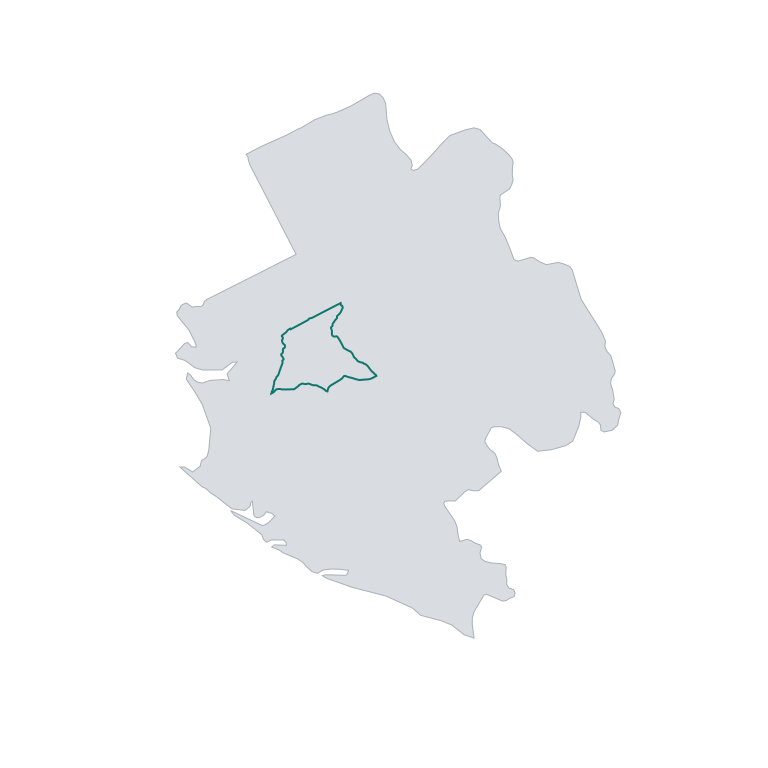 Abanga-Bignè, Moyen-Ogooué, Gabon (highlighted), rotated 333°
{"feature_id": "22940354B65697742744176", "entity_name": "Abanga-Bignè", "entity_type": "district", "adm_level": 2, "iso_a3": "GAB", "parent_name": "Gabon", "parent_adm1": "Moyen-Ogooué", "projection": "robinson", "projection_center": [10.966, -0.21], "detail": "fine", "context": "in_parent", "style": "outline", "palette": "teal", "viewbox_px": 768, "rotation_deg": 333, "n_neighbors": 0, "source": "geoboundaries", "source_scale": "gbopen_adm2", "svg_char_len": 6396}
<svg xmlns="http://www.w3.org/2000/svg" viewBox="0 0 768 768"><g transform="rotate(333 384 384)"><path d="M513.2,128.7L512.8,134.7L506.8,149.4L504.0,160.7L503.3,172.8L505.0,182.5L507.9,189.5L509.7,197.0L508.3,202.3L505.4,204.5L507.4,207.2L511.8,207.8L519.2,205.5L530.7,201.5L545.7,195.7L555.6,192.5L571.9,194.5L580.6,196.7L585.1,200.8L589.9,218.2L592.3,220.8L596.3,228.2L599.6,237.0L600.3,241.5L599.9,244.8L596.6,249.6L592.9,256.6L591.6,260.9L588.5,264.1L584.5,267.2L573.6,268.4L571.9,270.3L568.9,277.8L563.1,284.1L560.5,290.2L558.2,298.2L558.7,308.1L557.5,322.4L556.3,332.1L559.2,335.4L572.2,337.8L574.8,339.7L578.2,345.7L582.7,351.3L594.6,354.9L599.2,359.2L603.0,363.9L603.5,367.8L600.7,383.3L598.1,398.2L599.1,409.5L600.1,420.4L601.5,436.1L600.9,445.8L597.5,451.6L597.5,456.2L599.0,461.8L596.0,477.2L594.1,479.7L588.8,482.6L586.0,486.7L585.0,493.2L582.2,502.1L579.2,505.3L579.2,509.4L582.1,512.5L582.0,517.1L576.7,522.6L573.5,526.8L566.4,528.8L558.2,526.6L556.3,523.6L558.3,518.8L557.6,515.0L554.8,511.0L550.5,500.7L546.6,498.5L544.5,502.7L537.9,510.6L526.2,520.6L518.0,521.4L502.9,518.4L490.3,513.6L484.3,501.8L480.6,492.1L475.2,480.7L469.2,475.4L462.7,472.0L459.8,471.7L450.6,478.0L447.8,480.5L447.8,485.8L448.7,490.7L450.1,493.1L451.3,496.2L451.1,501.2L449.4,507.7L448.9,515.0L419.9,522.1L414.8,519.5L411.2,516.3L406.8,516.8L394.2,520.6L389.6,518.0L385.0,516.1L382.9,517.7L382.7,520.8L384.9,537.8L384.2,544.3L381.3,552.8L379.9,558.6L387.6,560.2L390.3,562.9L393.0,567.2L396.7,571.2L397.0,573.6L392.8,578.1L391.3,583.5L393.3,587.8L398.6,592.3L406.2,597.0L410.0,600.0L409.6,602.8L406.1,608.8L404.7,613.8L402.3,618.3L402.8,622.5L406.2,626.4L405.8,629.9L403.5,632.5L398.7,632.0L394.7,632.4L391.1,631.3L379.8,617.8L377.3,617.4L360.9,627.8L356.8,632.0L353.5,638.2L348.9,651.4L341.5,643.7L335.0,629.6L327.5,620.9L311.8,606.9L307.6,596.5L289.5,573.8L263.6,551.0L244.8,531.2L242.0,526.8L245.2,527.4L263.3,537.2L265.7,536.1L267.8,533.9L260.0,528.7L252.5,524.7L245.5,522.1L238.5,522.4L234.6,518.2L232.1,511.8L230.8,506.4L227.7,500.7L217.7,489.0L215.3,484.5L209.9,478.3L213.2,477.5L223.8,483.4L224.8,481.0L223.9,477.5L213.1,471.9L207.3,471.6L206.0,467.6L206.8,463.1L199.1,446.0L191.1,433.2L189.9,427.2L211.4,455.0L214.2,455.4L218.0,455.2L226.9,452.1L225.2,448.3L221.2,444.4L217.3,446.2L212.3,446.6L209.6,444.9L208.4,442.0L213.5,428.6L211.3,429.2L209.7,431.6L206.9,432.8L202.6,433.5L192.0,426.3L182.7,406.7L180.2,402.7L177.7,396.0L175.3,393.2L164.5,365.4L168.7,367.5L173.5,375.5L183.0,373.8L186.7,369.2L190.0,369.3L193.3,368.3L197.5,363.9L209.6,344.8L212.8,319.6L211.8,304.6L210.0,289.8L214.1,285.0L215.6,288.2L216.4,293.4L218.3,297.3L222.7,300.8L230.7,301.8L243.2,307.3L247.6,310.8L248.8,303.8L263.2,297.8L258.8,295.7L246.1,298.0L228.6,289.1L222.8,283.5L217.4,272.7L211.8,267.1L212.2,262.0L224.7,257.4L228.0,257.9L229.4,263.5L232.8,265.7L234.0,265.0L234.6,260.3L234.7,247.5L230.8,229.3L232.0,225.8L235.4,224.6L238.5,222.1L240.6,221.7L244.9,222.1L247.0,226.4L248.2,228.7L252.5,229.8L256.0,232.0L259.0,231.4L261.5,228.8L265.2,228.2L276.7,228.3L287.0,228.3L307.7,228.4L328.3,228.5L349.0,228.5L364.5,228.6L364.5,218.2L364.4,202.1L364.3,183.1L364.2,164.9L364.1,148.1L364.0,128.2L364.9,122.4L365.9,120.1L365.5,116.8L381.5,116.6L410.4,118.0L423.0,117.8L426.6,118.1L442.4,117.1L455.2,118.4L460.6,119.8L465.5,120.5L480.8,121.3L500.8,120.2L507.6,120.5L511.4,123.3L513.2,128.7Z" fill="#d9dde1" stroke="#a8b0b8" stroke-width="1"/><path d="M279.3,341.3L280.4,341.3L282.3,341.1L283.4,340.6L284.3,340.2L285.3,340.0L286.1,339.9L286.9,340.3L287.6,340.5L288.6,341.0L289.7,341.7L290.5,342.4L294.1,344.3L297.3,345.9L299.9,347.0L300.8,347.6L301.6,347.8L302.6,347.7L303.5,347.5L305.4,347.2L306.8,347.0L307.7,346.5L308.6,346.4L310.3,346.4L311.3,346.5L311.8,346.8L313.5,348.2L314.5,348.7L316.0,349.0L316.9,349.4L317.3,349.7L318.1,350.5L319.1,351.7L319.8,352.5L320.4,353.0L320.9,353.2L321.9,353.8L323.1,354.4L323.7,355.0L324.3,356.1L325.6,357.6L326.9,359.2L327.9,360.9L328.6,362.2L329.0,363.4L329.7,364.5L330.2,364.9L330.8,364.3L331.4,363.4L332.3,362.6L333.2,361.9L335.2,361.2L339.1,360.9L346.6,360.4L348.1,360.2L349.2,360.0L350.1,359.6L350.9,359.2L351.8,358.8L353.1,359.1L353.9,360.1L355.1,361.3L356.8,362.9L358.6,364.4L359.6,365.5L361.3,367.1L363.1,368.6L363.8,369.3L365.9,370.1L368.6,371.2L371.8,372.6L373.9,373.2L375.7,373.4L378.6,373.4L380.9,373.3L380.9,373.1L380.8,371.9L380.5,371.5L380.1,371.1L380.0,370.3L379.8,369.2L379.1,368.0L378.7,366.4L378.3,364.6L378.0,362.7L377.7,360.9L377.1,359.2L376.2,357.5L375.1,356.4L374.9,355.5L374.2,355.0L373.2,354.2L372.2,353.2L371.3,352.2L370.8,351.1L370.6,349.8L370.2,348.2L369.6,347.1L369.4,346.0L369.6,345.0L369.6,343.9L369.6,342.5L369.3,341.0L368.9,339.8L368.1,339.0L367.4,338.0L366.2,336.4L365.5,335.1L364.8,334.2L364.5,333.6L364.5,332.4L364.5,330.4L364.5,326.9L364.3,323.7L364.1,321.6L363.8,320.6L363.4,320.0L362.9,319.8L361.8,319.5L361.1,319.1L360.5,318.5L360.1,317.6L360.0,316.8L360.2,315.8L360.6,315.0L361.1,314.3L361.5,313.5L361.8,312.9L361.9,312.0L362.1,310.9L362.2,310.0L362.7,309.4L363.3,309.2L363.9,309.1L364.5,308.8L364.8,308.4L365.3,307.5L365.7,307.0L366.4,306.6L367.6,306.1L368.7,305.3L369.8,304.8L371.9,304.0L372.3,303.5L372.6,302.8L373.2,302.1L375.1,301.6L376.6,301.1L378.1,300.3L379.5,299.2L380.2,298.5L381.6,297.6L382.0,297.0L382.1,296.5L382.2,295.8L382.1,295.2L381.8,294.7L381.5,294.4L381.4,293.8L381.6,293.4L381.9,292.8L382.1,292.2L379.2,292.2L361.4,292.3L349.9,292.4L349.0,292.2L348.3,291.9L347.2,291.8L346.4,291.9L345.8,292.4L344.9,292.5L337.2,292.7L325.7,292.9L325.6,292.1L324.5,292.1L322.7,292.3L321.9,292.7L321.3,293.1L320.0,293.5L318.0,293.8L317.2,294.1L315.6,294.3L314.7,294.8L314.6,295.4L314.9,296.0L314.9,296.9L314.4,297.7L313.7,298.2L313.1,298.5L312.7,299.5L312.4,300.6L312.4,301.5L312.5,302.2L312.8,303.0L313.3,304.1L313.0,305.2L312.6,306.0L312.1,306.5L311.3,306.7L310.6,306.7L310.0,306.8L309.5,307.4L309.1,308.3L308.9,309.1L308.0,310.1L307.2,310.5L306.1,310.7L305.6,311.3L305.5,312.2L305.8,313.1L305.9,314.9L306.0,315.8L305.6,316.5L305.0,316.8L304.1,317.0L303.8,317.4L303.6,318.3L303.2,319.1L302.4,319.9L301.1,321.1L299.3,322.7L298.2,323.8L296.9,325.0L294.5,327.4L293.4,328.3L292.4,328.5L291.6,328.8L290.9,329.5L289.5,330.6L288.5,331.0L287.7,331.7L287.1,332.1L286.7,333.0L286.3,333.8L285.5,334.7L284.9,335.4L283.8,336.7L283.0,337.7L282.4,338.6L281.5,339.2L280.8,339.7L280.2,340.3L279.3,341.3Z" fill="none" stroke="#0f766e" stroke-width="2"/></g></svg>